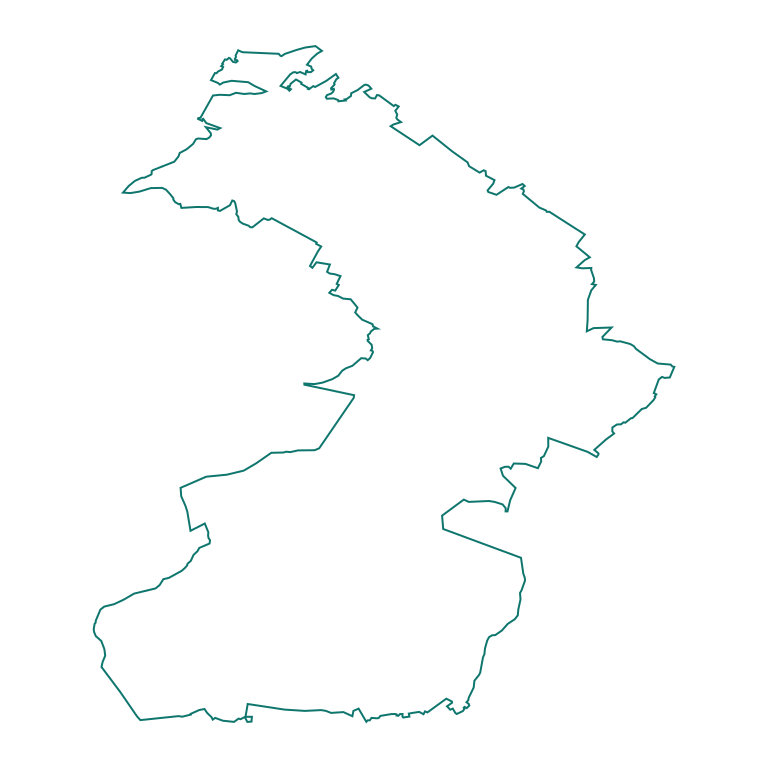 outline of Stangaceaua, Mehedinti, Romania
{"feature_id": "2599482B21772436223412", "entity_name": "Stangaceaua", "entity_type": "district", "adm_level": 2, "iso_a3": "ROU", "parent_name": "Romania", "parent_adm1": "Mehedinti", "projection": "natural_earth1", "projection_center": [23.284, 44.603], "detail": "fine", "context": "isolated", "style": "outline", "palette": "teal", "viewbox_px": 768, "rotation_deg": 0, "n_neighbors": 0, "source": "geoboundaries", "source_scale": "gbopen_adm2", "svg_char_len": 6012}
<svg xmlns="http://www.w3.org/2000/svg" viewBox="0 0 768 768"><path d="M271.3,452.8L256.2,463.3L243.8,470.6L226.8,474.7L206.2,476.7L180.6,487.8L181.2,496.2L185.5,506.0L187.3,511.6L190.5,530.8L204.8,523.5L208.3,532.2L208.1,535.7L208.6,538.2L210.0,540.2L209.6,543.5L199.3,547.9L197.5,551.2L193.6,554.8L190.8,560.9L187.6,563.6L187.1,565.5L184.7,568.2L181.7,570.8L168.8,577.9L163.3,579.2L159.7,585.0L155.6,588.4L134.1,593.6L123.8,599.6L114.0,604.2L104.2,606.6L100.4,609.6L95.8,620.6L95.6,622.7L94.6,623.8L93.7,629.4L94.2,632.3L95.8,636.1L101.3,641.0L104.4,649.2L105.2,655.7L102.6,662.0L101.5,667.0L120.4,692.2L137.1,716.5L140.4,720.1L178.7,716.1L182.2,716.7L190.8,714.6L190.6,713.9L199.3,710.0L204.5,709.0L207.1,712.9L211.5,717.1L212.7,719.6L215.2,717.9L222.8,720.7L234.0,721.9L238.6,718.6L240.6,719.2L244.8,717.0L247.3,721.9L251.5,721.6L251.9,716.8L245.5,716.8L247.7,704.0L284.6,709.6L304.9,710.9L321.2,710.1L326.0,710.9L331.0,712.9L343.4,712.1L352.4,716.2L353.4,710.9L358.6,708.6L366.3,721.8L367.7,720.3L369.8,720.3L371.5,717.9L376.9,718.3L378.7,718.0L380.4,715.9L391.2,714.1L395.2,714.0L396.7,714.5L396.5,715.5L398.3,715.8L400.0,714.1L402.5,714.0L402.5,716.7L403.2,717.5L409.4,716.6L408.8,713.6L412.6,712.9L419.2,711.9L423.5,714.2L425.0,711.4L427.4,712.4L446.3,698.7L451.9,701.5L452.1,702.7L447.0,706.3L450.2,709.7L452.8,708.6L455.3,712.9L456.7,714.0L462.8,711.1L464.4,709.0L463.7,707.8L464.5,706.9L466.8,708.1L469.3,705.5L468.7,703.9L466.5,702.2L468.2,700.3L468.8,697.6L473.7,687.5L474.4,680.7L479.0,675.0L480.2,672.6L483.0,657.3L484.4,654.2L485.0,648.4L487.2,640.6L489.0,637.2L492.0,635.3L495.2,635.1L501.9,630.5L507.7,623.9L514.8,619.2L517.8,615.3L518.3,609.6L520.5,599.4L520.0,593.0L521.6,590.2L525.0,580.6L524.8,577.9L523.3,573.6L521.0,557.8L443.2,529.0L442.1,515.6L463.8,499.6L468.8,501.9L489.0,501.0L494.6,501.9L502.6,504.4L505.7,508.2L505.6,511.4L507.5,511.4L510.2,500.2L515.6,488.0L503.0,475.8L500.6,468.5L505.0,466.8L508.5,466.7L510.7,468.7L513.8,463.5L525.5,463.9L537.9,468.2L541.2,461.4L540.9,458.0L543.9,456.1L548.3,446.6L548.2,437.9L587.7,451.9L596.7,457.0L598.4,454.6L598.5,453.4L594.3,449.9L606.0,439.5L614.1,433.5L612.3,431.4L612.4,427.5L616.9,424.5L621.0,424.3L623.6,422.3L625.3,422.7L631.0,418.2L632.6,418.0L641.8,409.0L646.1,407.8L653.7,399.9L655.3,397.2L654.7,396.5L656.3,394.3L653.8,393.1L658.8,379.4L662.0,376.9L664.6,377.9L669.8,377.5L674.3,366.9L672.3,366.4L670.7,364.6L657.7,363.5L649.8,359.1L636.0,348.9L633.8,346.1L630.2,344.0L620.2,341.3L617.1,341.6L612.0,340.2L602.9,339.3L602.4,337.0L611.6,327.5L593.6,328.1L586.8,331.3L587.6,320.1L587.9,299.8L591.3,290.3L595.8,284.9L592.0,284.1L594.2,281.5L593.9,278.1L591.1,269.9L591.3,268.0L582.1,268.3L576.5,267.4L584.9,260.0L589.8,257.3L576.4,246.3L578.7,242.1L584.8,234.5L549.4,211.8L546.7,211.8L546.0,210.4L539.4,207.6L522.8,193.9L523.9,191.2L523.4,189.5L521.3,188.6L524.7,186.0L522.5,184.0L514.2,187.6L510.0,187.8L508.4,187.0L496.5,194.8L488.3,192.0L487.6,190.4L493.2,183.7L494.5,180.1L486.0,175.7L485.6,171.1L483.7,170.3L479.6,172.6L469.1,166.2L467.6,162.4L452.1,151.3L432.5,135.6L419.5,145.2L390.7,126.2L393.4,124.5L401.0,122.1L397.3,119.4L396.3,117.8L397.2,114.6L395.3,110.8L398.7,106.5L395.4,104.8L393.8,106.1L379.4,95.5L377.0,95.0L375.1,98.4L371.8,98.3L369.7,97.3L364.2,92.0L371.3,88.7L368.7,85.7L366.4,84.7L364.4,84.9L357.7,90.0L351.2,93.3L351.0,95.9L346.8,99.0L344.8,99.4L345.6,100.5L338.4,101.3L338.2,100.1L333.7,98.4L326.8,98.7L325.8,97.1L327.0,95.1L331.1,93.6L333.0,91.9L334.0,89.8L333.8,88.9L331.3,89.5L331.1,88.2L334.6,84.5L334.1,83.1L336.4,79.2L338.4,77.8L335.9,74.0L326.1,81.0L315.1,87.0L313.3,86.1L308.9,89.3L308.0,88.9L308.7,88.2L301.2,83.9L301.5,82.6L296.0,79.5L290.6,83.8L289.8,86.3L288.2,86.2L287.4,87.2L290.9,89.2L289.4,90.7L287.5,88.8L280.6,85.9L290.1,74.5L293.2,72.3L295.7,72.2L296.8,73.1L300.1,72.0L305.6,74.4L306.1,71.1L307.1,70.7L307.8,72.1L310.9,72.1L313.2,70.3L311.6,68.7L311.2,66.6L307.0,64.7L311.8,58.5L317.0,53.8L321.9,50.9L315.5,46.1L305.4,47.5L297.0,49.8L284.9,53.9L281.6,56.1L280.4,55.8L278.7,53.8L242.4,52.2L238.2,50.3L235.6,55.5L236.0,57.0L234.9,58.8L234.9,59.8L237.1,60.2L237.6,61.1L235.9,62.5L232.9,61.8L230.0,58.3L228.9,57.9L226.8,59.8L225.0,59.4L222.3,63.6L223.0,64.2L221.3,66.1L223.1,66.9L222.0,69.5L218.1,71.5L216.5,73.2L214.9,73.1L211.0,80.1L218.0,83.0L219.8,84.6L223.4,82.5L231.6,80.8L248.2,82.2L254.6,86.0L266.2,91.4L261.7,93.1L254.4,94.0L250.2,93.4L244.3,94.0L236.0,92.8L229.7,95.2L219.7,94.8L213.0,95.5L200.5,117.7L198.3,118.1L198.0,118.9L202.2,120.9L202.5,119.1L203.2,118.8L206.3,123.1L220.2,128.1L217.3,129.6L205.9,127.2L210.8,133.3L211.0,135.3L209.3,137.5L206.5,139.1L198.1,138.5L195.9,139.3L193.1,143.9L186.6,149.3L179.7,153.0L178.5,156.4L174.3,161.7L153.2,170.0L151.7,171.1L151.6,174.1L150.8,174.8L144.5,177.7L141.7,177.8L134.9,180.9L128.7,186.0L123.0,192.6L130.4,193.1L139.4,191.6L150.8,188.1L162.2,187.9L166.0,189.7L169.8,193.8L173.4,198.3L173.3,199.6L175.2,202.2L178.8,204.2L180.3,203.9L181.4,207.9L196.3,207.0L208.2,207.1L213.2,208.7L215.8,208.8L217.9,207.9L217.9,210.4L220.0,210.9L230.0,205.2L232.3,200.5L234.1,201.1L235.2,203.0L237.0,211.6L236.3,214.2L238.3,216.8L238.7,219.9L239.9,221.7L242.7,223.6L248.6,225.7L250.2,227.2L252.4,227.3L263.8,218.4L267.7,219.9L269.6,219.7L271.7,218.2L316.7,242.5L316.2,243.9L321.2,246.5L317.8,251.6L310.0,266.0L312.4,267.8L316.5,262.3L329.9,264.5L327.1,271.8L329.6,273.5L334.6,274.2L340.5,276.1L336.7,283.9L338.8,285.0L335.2,290.6L332.0,289.8L329.3,292.8L333.5,295.1L338.1,296.0L343.1,298.6L350.7,299.3L357.5,307.6L355.2,312.4L357.6,315.2L362.2,319.7L372.5,324.2L373.1,326.4L377.4,328.6L374.3,328.8L370.8,331.5L370.1,333.2L367.8,335.2L368.8,339.3L367.6,339.8L367.6,340.8L371.6,344.7L372.2,348.1L370.9,350.4L372.3,350.7L373.0,352.1L370.2,358.0L367.7,360.2L365.7,358.5L361.2,358.2L352.4,365.8L345.9,368.3L342.2,370.7L338.3,375.7L332.4,379.1L322.6,382.6L314.4,384.1L304.3,383.5L304.4,384.7L354.1,395.2L353.7,397.9L319.2,448.3L314.7,450.2L298.0,450.4L290.3,452.1L286.1,451.7L283.6,452.5L271.3,452.8Z" fill="none" stroke="#0f766e" stroke-width="2"/></svg>